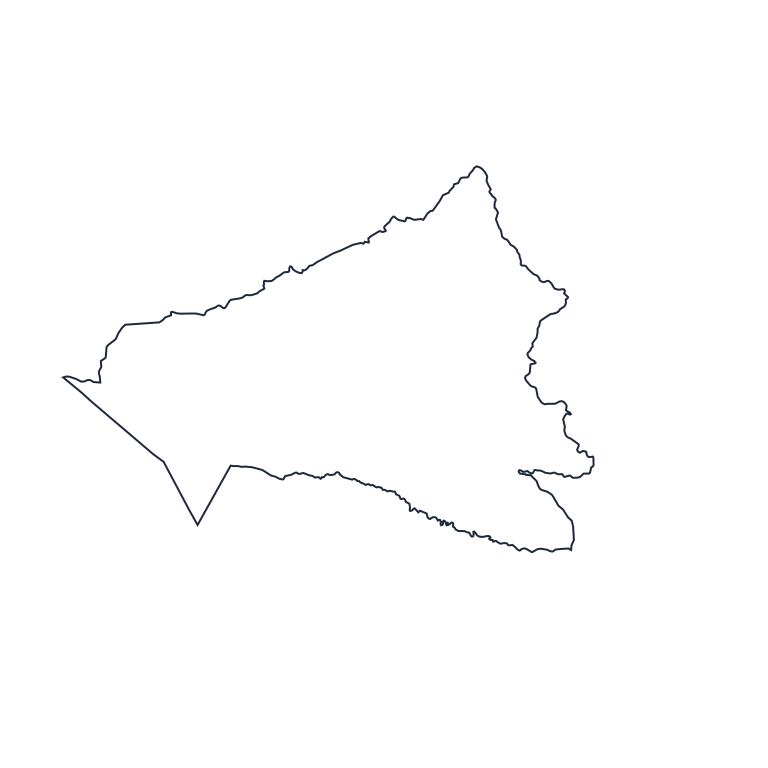 Boquete, Chiriquí, Panama (Robinson projection), rotated 310°
{"feature_id": "35544464B71515803064888", "entity_name": "Boquete", "entity_type": "district", "adm_level": 2, "iso_a3": "PAN", "parent_name": "Panama", "parent_adm1": "Chiriquí", "projection": "robinson", "projection_center": [-82.389, 8.74], "detail": "fine", "context": "isolated", "style": "outline", "palette": "slate", "viewbox_px": 768, "rotation_deg": 310, "n_neighbors": 0, "source": "geoboundaries", "source_scale": "gbopen_adm2", "svg_char_len": 6166}
<svg xmlns="http://www.w3.org/2000/svg" viewBox="0 0 768 768"><g transform="rotate(310 384 384)"><path d="M182.8,134.0L183.0,158.6L182.5,170.4L181.9,252.2L182.7,265.3L162.1,316.2L156.2,331.8L222.9,319.0L224.4,321.5L227.4,325.0L228.7,327.8L231.7,331.0L235.6,336.7L239.2,344.4L240.0,346.5L241.3,356.3L243.3,360.6L244.1,364.6L245.3,367.1L246.3,368.2L249.9,367.5L254.9,371.3L259.0,373.0L260.0,374.1L260.1,375.8L260.6,376.9L264.0,379.4L265.9,385.2L267.7,388.4L267.9,391.0L270.6,393.8L270.6,396.3L271.4,396.6L272.7,396.3L273.9,397.8L276.9,397.8L278.4,398.5L279.0,399.0L279.1,400.3L280.4,402.2L283.1,404.2L285.2,404.2L286.5,404.9L287.1,406.7L286.1,409.2L286.4,410.0L286.4,412.7L290.3,421.1L291.7,421.7L292.1,422.3L292.8,424.4L292.5,426.0L293.6,427.4L293.4,429.4L294.5,432.3L294.9,434.8L296.3,435.5L297.4,436.7L297.7,438.8L299.3,440.2L299.8,444.1L300.7,445.5L301.8,446.1L302.2,447.6L302.9,448.4L302.2,451.2L303.6,452.9L303.8,455.5L306.1,457.3L307.2,459.9L308.6,461.6L307.3,464.2L308.2,467.6L306.7,470.4L307.1,471.4L308.7,472.5L309.0,473.3L308.8,474.7L307.7,476.4L308.6,480.3L306.2,483.3L304.0,484.6L303.5,485.5L305.1,486.8L307.5,486.9L308.5,487.5L307.7,492.8L310.0,492.9L312.2,499.8L310.0,502.9L309.7,504.2L309.8,505.4L310.4,506.2L311.9,506.4L314.0,507.6L314.9,509.2L315.0,510.1L314.0,513.0L315.4,513.4L315.9,514.5L314.4,516.5L312.9,517.5L312.5,518.6L313.5,519.2L314.8,519.2L315.4,518.8L316.0,517.5L317.7,517.5L318.1,518.5L317.4,520.5L318.5,521.6L318.6,522.3L318.1,522.6L316.4,522.0L316.0,522.8L318.5,524.4L321.0,524.6L321.6,525.1L321.7,526.2L321.4,527.0L319.1,528.4L319.4,530.2L318.6,532.3L319.2,535.5L323.1,540.3L323.7,542.7L324.9,544.9L323.6,548.2L323.6,549.4L324.2,550.0L325.0,550.1L326.3,549.4L328.2,547.5L328.9,547.9L328.8,549.5L328.0,552.5L328.2,554.6L329.9,557.5L334.2,561.1L335.1,562.5L335.1,563.5L334.7,564.3L333.3,563.9L332.8,564.5L333.0,565.8L334.3,567.4L333.4,569.0L335.8,570.5L336.2,575.0L337.2,576.6L338.8,577.7L340.4,579.7L340.9,580.7L340.3,582.6L341.3,584.1L343.3,585.8L343.4,588.3L343.0,592.9L343.6,595.1L346.0,595.5L348.1,596.9L349.2,599.0L350.1,605.1L350.7,605.7L356.0,607.7L358.5,609.8L361.7,615.1L362.8,618.8L363.8,620.6L364.8,621.2L367.3,621.7L371.0,625.2L376.6,631.1L377.1,634.0L381.2,631.2L386.5,629.8L396.3,620.6L400.0,615.6L400.1,610.8L402.9,602.0L402.9,595.8L406.5,585.9L407.1,583.3L406.4,578.2L404.2,572.9L403.9,570.9L405.2,567.6L407.7,563.3L408.4,555.0L405.7,551.3L406.0,550.9L405.9,550.3L404.6,548.8L402.8,545.5L403.2,544.0L403.7,543.3L405.1,543.1L405.7,544.4L406.3,547.4L409.5,549.8L409.6,552.6L410.5,554.8L411.8,555.3L414.6,554.6L415.5,555.2L416.5,557.3L418.0,559.0L419.2,562.3L419.6,564.5L422.4,569.0L425.4,571.1L426.9,575.6L429.4,578.3L429.4,579.1L428.7,581.0L428.8,582.0L433.2,585.0L433.5,585.9L433.5,588.8L435.9,591.7L438.6,593.9L443.6,594.5L447.4,598.8L448.8,598.7L453.2,596.4L455.4,597.0L456.8,596.5L462.2,591.7L462.7,590.8L460.2,588.5L459.4,587.0L460.0,585.0L462.0,582.5L461.9,581.9L460.6,579.4L457.4,578.3L456.8,576.4L457.7,574.2L461.7,573.0L462.9,571.9L462.2,562.1L461.3,559.5L461.4,557.2L461.8,555.7L464.3,552.0L467.7,549.8L472.1,543.9L475.7,543.0L478.5,542.9L479.3,543.6L480.1,546.2L481.0,546.5L481.5,545.4L480.8,540.3L484.5,538.1L485.3,536.6L485.8,533.4L485.2,531.3L483.4,529.7L479.7,528.2L478.2,527.1L473.9,521.9L471.9,520.3L471.2,518.0L471.2,516.0L472.9,510.1L478.3,503.5L478.4,501.6L477.2,498.9L476.9,497.1L478.0,490.7L479.2,488.1L481.2,487.5L484.6,488.5L486.5,488.3L493.2,483.6L496.7,486.3L497.7,486.5L498.2,484.2L497.4,481.2L497.5,477.8L498.3,475.7L499.3,474.5L500.3,474.2L503.4,474.5L506.5,473.7L508.2,473.9L510.7,471.4L517.5,471.1L522.2,468.5L525.0,466.2L528.8,465.3L532.3,463.3L533.8,463.4L544.8,466.7L546.9,468.7L550.5,470.8L552.8,471.1L554.2,470.7L559.2,472.3L561.4,472.0L563.0,471.3L565.6,468.9L567.9,469.6L568.9,469.0L569.2,463.7L571.6,462.8L572.2,461.4L571.7,460.1L568.6,457.4L566.8,453.8L567.1,452.0L568.7,447.5L568.8,444.0L568.0,442.8L564.8,441.1L563.7,438.7L563.5,436.4L564.6,435.4L565.5,431.9L564.3,427.7L564.6,420.8L565.5,416.8L565.2,415.9L563.4,413.5L563.4,412.0L566.6,409.4L568.6,406.1L570.1,404.6L570.9,401.3L572.2,399.5L572.7,395.2L572.0,391.3L573.3,387.5L573.6,385.6L572.7,382.8L572.8,379.8L576.0,375.9L577.3,373.7L577.7,371.6L582.1,363.9L588.6,361.1L589.6,358.7L590.2,356.5L590.0,355.8L591.0,354.5L594.0,352.3L596.0,351.7L597.2,350.9L597.7,349.0L597.6,346.5L598.7,341.7L599.3,341.0L601.8,340.6L603.6,335.7L605.3,332.4L606.4,331.3L608.7,330.2L609.9,328.7L611.3,324.7L611.8,321.3L611.6,318.5L610.4,315.2L607.7,314.2L604.4,314.7L600.7,314.5L596.7,315.4L595.5,314.7L592.5,311.4L591.2,310.6L590.0,310.6L585.7,311.7L582.0,309.3L579.7,310.5L574.3,310.1L572.2,310.6L566.4,307.8L559.7,309.1L548.7,309.9L547.9,309.8L546.5,308.5L542.6,307.7L535.1,308.6L534.2,306.4L529.1,301.5L527.5,296.5L526.6,295.9L526.3,294.8L525.4,294.6L522.6,295.6L521.9,295.3L518.9,289.5L518.7,284.3L518.2,283.5L515.7,283.3L511.5,284.0L505.0,283.0L503.6,283.9L502.7,286.7L502.2,287.0L499.6,285.3L498.2,282.2L488.8,279.0L485.4,278.4L483.2,281.0L482.5,281.3L480.6,277.9L478.8,278.1L478.0,277.8L477.7,276.4L476.7,275.2L470.5,270.6L458.4,265.0L451.5,261.2L434.0,254.2L429.3,253.0L426.5,250.9L423.2,251.0L420.8,250.5L419.8,249.9L419.0,248.5L417.9,249.4L416.0,249.7L414.5,247.3L413.6,244.1L413.3,240.8L414.4,237.7L413.8,236.5L412.3,236.8L409.5,238.8L408.4,238.7L405.4,235.7L399.7,234.3L396.5,232.9L393.1,232.4L390.8,231.7L388.1,229.1L386.1,226.0L384.9,226.4L383.2,228.1L381.9,228.3L380.2,231.0L374.9,229.0L372.2,228.7L368.5,226.5L365.8,224.3L364.6,222.4L363.3,221.1L362.1,220.6L359.9,220.3L357.0,218.6L350.0,212.5L348.2,212.3L340.9,213.3L339.6,213.1L338.8,212.1L338.6,208.0L337.5,206.6L333.7,205.4L330.1,203.1L326.5,201.4L325.3,201.2L321.9,202.0L320.7,201.6L317.6,195.5L316.2,193.5L306.8,182.6L304.8,179.5L303.6,176.3L302.6,174.8L301.9,174.8L299.7,176.7L294.6,173.7L290.4,173.4L286.8,172.3L263.1,147.7L258.4,147.2L251.8,147.9L246.5,149.5L245.0,149.5L236.4,147.6L234.0,147.7L225.7,153.6L224.7,153.8L219.6,152.3L215.3,156.5L210.5,157.5L209.2,158.4L206.2,162.4L202.7,165.7L198.8,160.2L198.2,156.6L197.7,155.7L196.2,154.2L193.7,153.1L191.2,150.6L190.0,145.0L187.3,138.2L185.4,135.7L182.8,134.0Z" fill="none" stroke="#1e293b" stroke-width="2"/></g></svg>